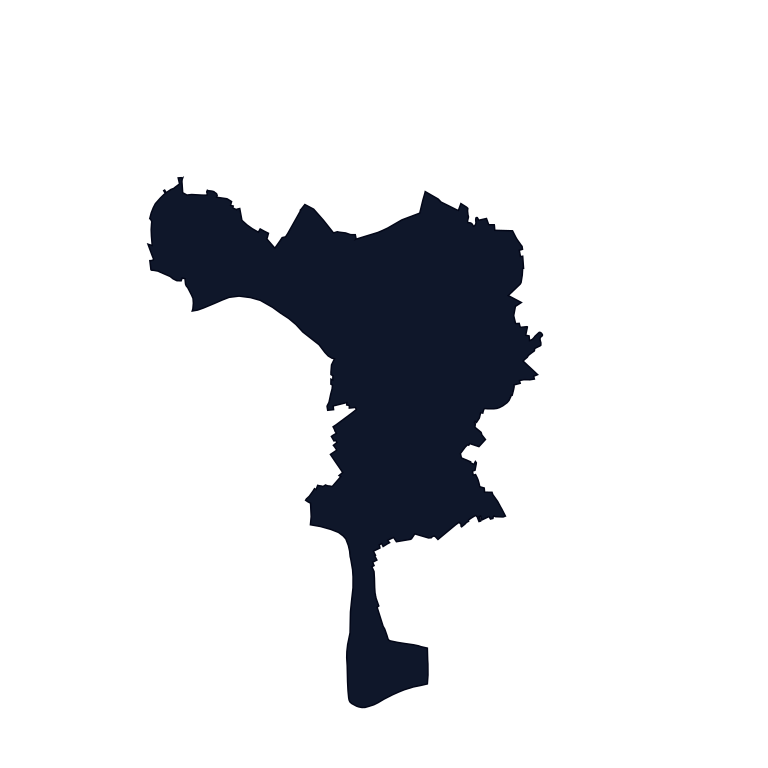 the district of Gia Lam, Ha Noi, Vietnam, rotated 330°
{"feature_id": "81297802B60728672974675", "entity_name": "Gia Lam", "entity_type": "district", "adm_level": 2, "iso_a3": "VNM", "parent_name": "Vietnam", "parent_adm1": "Ha Noi", "projection": "albers", "projection_center": [105.948, 21.024], "detail": "fine", "context": "isolated", "style": "filled", "palette": "ink", "viewbox_px": 768, "rotation_deg": 330, "n_neighbors": 0, "source": "geoboundaries", "source_scale": "gbopen_adm2", "svg_char_len": 6159}
<svg xmlns="http://www.w3.org/2000/svg" viewBox="0 0 768 768"><g transform="rotate(330 384 384)"><path d="M254.4,224.9L259.6,226.8L265.6,227.9L277.2,229.4L286.1,230.4L293.2,231.5L302.4,235.4L311.6,242.4L318.7,249.7L325.9,262.0L329.9,271.0L334.2,279.5L337.5,288.5L339.7,298.4L347.4,317.5L348.6,327.1L349.7,331.8L351.8,335.6L353.8,337.4L348.1,341.2L344.0,347.2L342.8,349.3L343.9,351.3L341.6,355.0L340.5,353.3L337.9,357.6L338.4,358.4L338.7,359.4L336.6,362.3L332.9,366.0L327.7,371.8L327.0,372.5L324.0,374.4L323.5,374.9L322.1,378.6L327.5,381.0L329.0,377.6L342.6,381.5L341.2,383.5L343.2,385.2L341.9,387.5L347.5,390.0L347.3,392.3L341.0,393.2L322.0,395.4L318.5,395.6L318.5,396.6L318.4,398.4L318.0,400.3L318.2,402.9L314.3,402.9L312.2,403.1L312.2,408.3L313.9,408.7L314.1,411.1L309.5,411.8L309.8,413.7L310.0,416.3L309.9,417.7L302.4,418.2L302.9,425.7L304.0,440.0L299.3,440.8L300.3,442.6L288.5,446.7L287.8,446.8L285.7,445.0L284.5,444.2L283.5,443.1L282.9,442.2L279.6,442.3L279.3,441.5L276.8,439.5L275.9,438.6L272.4,441.5L271.5,439.9L268.9,441.3L263.1,443.9L259.4,444.7L258.0,445.5L259.1,447.8L260.8,450.5L254.6,462.5L249.9,469.1L257.8,475.7L265.3,483.4L270.4,489.8L272.7,495.2L273.5,499.1L272.4,506.0L270.7,511.5L268.4,516.6L267.8,518.7L263.9,529.2L260.8,535.5L255.2,545.1L248.2,554.6L241.0,564.6L230.2,582.5L222.3,591.4L218.1,597.1L214.9,602.3L211.2,609.7L203.6,623.6L199.4,631.8L196.6,637.9L195.8,640.1L195.6,641.6L195.6,642.6L196.3,644.6L199.2,649.3L200.7,651.0L203.1,653.1L205.8,654.6L209.8,655.6L214.8,656.7L219.5,657.0L226.5,656.9L236.0,657.4L242.0,658.0L248.6,658.9L257.9,661.0L265.0,663.4L271.6,665.4L276.6,658.0L282.0,648.5L283.8,644.9L289.5,634.4L284.6,629.9L283.1,628.1L279.2,624.6L272.3,619.2L266.6,614.6L260.9,609.5L260.0,608.0L260.0,606.7L260.8,603.4L262.1,596.6L262.1,593.3L266.4,573.9L268.5,573.6L270.0,565.5L270.6,563.9L270.6,563.6L271.4,561.7L271.6,560.8L274.1,555.7L278.5,547.6L281.6,541.4L282.1,536.2L284.6,536.3L285.0,532.7L289.8,532.9L290.0,528.1L291.0,528.1L291.2,523.5L298.5,524.0L299.5,520.9L302.2,521.0L302.0,524.3L307.0,524.1L309.5,524.2L308.9,521.2L309.5,521.2L315.6,521.7L315.9,526.8L329.3,531.8L330.4,531.8L335.7,529.2L345.6,539.6L348.1,540.8L349.2,540.4L349.8,540.4L351.3,540.6L352.2,542.0L353.0,545.6L375.8,541.7L379.9,541.3L380.6,544.5L379.8,545.2L379.6,546.0L379.8,546.5L384.1,545.8L385.6,545.3L387.2,545.1L388.6,545.2L388.9,544.3L389.3,544.0L392.8,543.7L396.2,543.6L397.7,543.7L398.1,545.0L398.3,545.7L397.5,550.6L399.1,551.0L400.1,546.4L401.7,546.6L400.8,550.7L408.7,551.3L408.7,554.2L411.1,554.9L412.1,553.7L413.1,553.3L414.3,554.7L420.7,558.7L423.1,559.1L423.5,551.1L423.5,548.7L423.7,542.6L422.9,534.1L423.4,531.8L417.0,528.0L418.8,524.2L416.4,521.7L415.6,520.8L416.7,517.3L417.5,514.1L417.8,511.8L418.0,508.2L415.7,507.6L417.0,503.7L419.7,504.2L423.5,499.8L424.6,498.4L424.4,496.8L421.6,498.6L419.5,495.3L420.1,494.7L414.1,486.7L415.4,482.4L422.9,479.2L426.0,478.4L426.8,479.4L428.4,478.4L434.9,485.7L444.1,482.8L443.3,477.1L443.9,474.4L443.0,471.9L441.1,466.9L443.2,464.1L443.1,462.4L444.2,461.8L444.9,463.5L449.3,461.3L450.1,460.6L453.3,457.2L455.0,458.6L455.8,457.7L457.8,455.8L458.9,455.6L461.4,457.3L467.0,460.5L469.6,461.6L472.1,462.1L476.0,462.3L481.3,461.7L484.1,460.7L488.9,457.3L489.4,457.8L493.3,453.8L495.3,451.5L496.1,449.8L502.3,451.5L503.0,448.7L507.3,450.2L512.5,453.3L516.7,454.9L517.5,452.1L521.7,452.7L515.9,433.7L517.9,433.1L521.4,432.5L523.4,431.4L527.7,430.8L530.7,430.5L531.6,429.6L531.9,428.7L532.3,428.6L538.5,429.0L539.4,428.7L539.6,428.1L540.4,426.9L541.1,424.3L541.4,423.4L542.1,422.3L543.5,421.6L545.1,421.4L545.5,421.1L545.9,420.3L545.7,418.6L545.4,417.9L544.9,417.2L544.2,416.9L543.1,417.1L538.4,418.2L537.7,418.6L535.6,419.3L534.4,419.5L531.7,419.2L533.7,414.9L531.1,412.6L536.7,406.3L536.7,406.1L536.4,405.8L530.8,403.3L530.6,402.9L530.5,402.3L531.4,399.1L528.5,397.7L528.3,397.5L528.3,397.0L530.2,390.6L530.6,389.5L536.6,382.5L543.7,382.1L535.8,369.5L550.6,365.9L552.1,365.5L553.5,364.6L558.2,358.8L561.9,353.2L562.7,353.6L568.0,342.7L565.9,341.9L568.0,335.8L571.3,336.6L572.4,333.8L572.1,331.8L571.5,325.2L571.5,322.7L571.9,315.6L556.8,306.3L559.0,301.6L559.1,301.2L554.8,298.7L554.5,298.4L554.4,298.0L555.5,291.9L548.1,289.6L548.0,288.9L548.0,286.6L547.6,286.2L546.8,286.1L546.4,286.5L545.8,287.2L545.0,288.6L544.5,290.0L543.8,290.9L543.2,291.5L541.6,292.3L540.8,292.3L540.4,292.2L540.3,289.5L539.9,288.4L539.2,287.5L537.3,286.2L537.8,284.8L538.3,284.1L540.5,281.8L540.8,281.3L541.3,279.5L542.9,275.9L544.4,273.8L543.9,272.1L540.8,266.2L535.2,270.9L533.9,269.3L528.9,261.7L524.4,255.0L523.4,250.9L515.9,238.0L514.8,239.2L509.7,244.1L500.4,253.9L481.5,250.8L465.2,250.8L459.3,250.3L454.4,249.7L434.9,245.2L431.9,244.6L432.4,244.4L433.8,240.3L430.5,238.4L429.5,237.7L426.3,234.0L421.1,230.1L419.7,228.8L415.8,227.9L413.4,211.8L410.5,197.4L405.5,189.5L405.2,189.0L400.0,191.1L398.4,191.6L398.4,192.2L375.8,205.6L372.4,207.3L372.2,207.3L369.0,206.3L365.4,208.1L357.4,211.8L355.0,199.5L355.8,199.2L359.3,195.7L356.7,191.8L354.3,187.8L351.1,189.7L347.6,183.7L344.9,177.8L342.8,171.3L343.0,170.6L346.8,159.9L344.1,159.1L343.5,159.4L341.2,156.1L341.3,155.6L342.4,154.5L340.4,152.6L343.2,149.8L340.8,145.3L340.2,144.7L332.3,138.5L332.7,138.1L333.7,137.5L334.0,136.4L334.1,135.5L333.9,134.9L333.0,133.0L332.9,132.4L331.4,130.9L329.4,129.4L329.1,129.3L328.6,128.9L327.9,127.9L326.7,128.8L326.4,129.2L326.3,130.2L325.6,131.4L325.0,131.9L320.8,129.4L312.1,123.7L307.5,121.7L307.4,121.1L305.3,117.7L310.2,107.7L311.4,106.0L312.8,104.8L312.2,104.8L312.0,104.6L311.7,104.0L308.8,102.6L307.0,108.5L301.2,109.2L299.7,109.5L296.8,109.0L291.0,109.4L291.0,106.4L289.9,106.4L289.9,109.6L288.0,109.9L283.4,111.1L276.2,113.5L272.3,116.0L267.9,119.5L263.8,123.7L264.3,124.2L264.1,127.3L262.8,129.0L259.6,133.8L256.5,139.7L252.5,148.2L249.5,144.9L247.5,156.5L246.9,160.7L246.4,161.0L245.6,161.1L244.2,160.8L242.9,160.1L239.3,168.5L239.7,169.3L241.5,170.5L244.8,173.3L246.0,175.1L252.6,184.0L253.9,187.4L256.2,190.9L259.9,193.2L262.2,191.3L264.4,193.4L263.8,194.4L262.1,198.2L261.8,200.1L262.2,202.5L261.8,210.8L261.4,214.4L259.3,218.7L256.1,223.3L254.4,224.9Z" fill="#0f172a" stroke="#020617" stroke-width="1.5"/></g></svg>